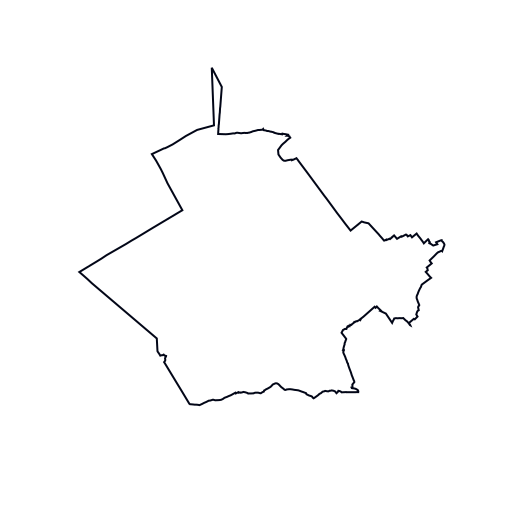 the district of Villa González Ortega, Zacatecas, Mexico, rotated 228°
{"feature_id": "50627088B17706394506285", "entity_name": "Villa González Ortega", "entity_type": "district", "adm_level": 2, "iso_a3": "MEX", "parent_name": "Mexico", "parent_adm1": "Zacatecas", "projection": "mercator", "projection_center": [-101.992, 22.544], "detail": "fine", "context": "isolated", "style": "outline", "palette": "ink", "viewbox_px": 512, "rotation_deg": 228, "n_neighbors": 0, "source": "geoboundaries", "source_scale": "gbopen_adm2", "svg_char_len": 6023}
<svg xmlns="http://www.w3.org/2000/svg" viewBox="0 0 512 512"><g transform="rotate(228 256 256)"><path d="M251.2,119.1L250.4,118.9L249.5,118.8L247.9,118.6L246.0,118.2L245.5,119.3L244.8,120.2L244.5,121.4L243.3,121.4L241.9,122.3L241.5,121.8L241.4,121.1L240.8,119.9L239.8,119.3L239.0,118.5L238.6,116.7L236.3,116.3L216.4,112.5L206.3,110.6L190.8,107.6L190.0,107.8L188.0,109.7L186.5,111.0L185.3,112.3L184.1,113.4L183.0,114.2L182.1,117.0L181.6,119.1L180.8,121.4L180.1,124.1L179.3,125.1L178.0,127.9L176.0,129.2L174.8,130.7L173.7,132.0L172.5,133.8L171.9,135.7L171.7,137.7L171.2,139.0L170.7,140.2L170.2,141.9L169.4,144.0L168.8,146.6L168.2,149.2L167.4,149.0L166.6,151.8L165.9,151.7L165.4,152.8L164.8,153.0L164.0,154.3L163.4,155.7L161.8,156.9L159.7,158.1L159.1,158.1L156.7,160.9L155.5,162.4L155.4,163.1L154.8,164.1L153.6,165.5L152.8,166.3L151.5,167.1L150.8,167.7L150.5,169.7L150.0,171.1L150.6,172.0L150.4,172.6L150.2,174.3L149.7,175.9L149.0,179.2L149.1,181.1L149.3,182.4L148.4,185.2L147.4,186.3L145.8,186.9L144.0,187.0L142.6,187.0L141.4,187.1L140.0,187.4L138.7,187.6L137.6,187.7L137.0,188.0L136.6,188.5L136.3,189.5L136.0,189.9L135.5,190.6L134.7,191.7L133.8,192.6L132.4,193.8L130.8,195.0L129.1,196.5L127.8,197.6L126.1,198.5L124.7,199.2L123.7,199.8L120.6,201.4L119.5,201.0L116.8,202.1L115.0,203.2L113.9,203.6L112.8,203.4L111.7,203.6L111.5,204.7L111.3,206.4L111.1,208.2L111.0,209.4L111.1,210.8L110.6,212.5L110.6,213.4L110.6,214.3L110.6,214.7L109.8,216.1L109.5,217.1L107.8,218.4L106.9,219.3L106.6,220.6L105.9,221.4L105.5,222.3L103.9,223.5L102.3,224.2L100.2,224.0L100.2,225.7L100.7,227.0L99.6,227.8L98.1,228.4L97.9,228.4L97.4,228.4L94.5,232.0L94.2,232.1L90.0,236.8L86.5,240.8L87.4,241.4L87.3,241.6L87.8,241.8L88.4,241.9L90.6,241.2L92.1,240.2L92.7,239.6L93.7,238.8L94.3,239.0L93.8,239.8L96.0,241.6L96.5,244.7L96.8,244.9L97.5,245.3L98.3,245.5L102.2,247.0L102.9,247.2L104.4,247.9L105.9,248.6L109.0,249.8L110.3,250.3L112.2,251.1L112.7,251.3L113.7,251.8L114.6,252.4L115.5,252.4L116.5,252.8L117.4,253.3L119.3,253.9L121.1,254.7L122.9,255.3L124.9,255.9L126.0,256.4L126.6,257.0L127.0,258.1L127.4,258.5L127.7,258.4L128.0,258.0L128.2,258.4L129.4,260.0L130.0,260.9L131.1,262.8L131.9,263.5L132.5,264.9L133.2,266.0L133.5,266.7L133.8,267.3L134.1,267.6L141.7,268.2L142.8,271.1L142.3,273.3L141.3,274.4L141.6,275.0L141.8,275.3L142.4,276.9L141.8,277.1L142.0,278.3L141.2,278.6L141.5,279.3L141.8,280.0L141.1,280.4L141.0,281.0L141.1,282.1L141.0,283.0L140.9,283.6L141.1,284.4L141.2,284.8L140.8,285.0L140.7,285.3L140.8,285.7L140.8,286.0L140.6,286.3L140.3,287.1L139.9,287.3L139.8,287.8L139.3,289.8L139.3,291.0L138.7,290.9L139.2,292.4L139.0,295.3L139.0,296.2L138.9,310.2L137.5,310.2L137.5,311.0L137.6,312.0L135.7,312.0L133.3,312.2L131.9,312.3L132.0,311.6L126.3,314.0L115.2,312.4L115.9,313.9L116.3,314.9L116.5,315.7L117.1,316.9L116.2,318.4L114.9,319.6L113.9,321.0L113.1,321.8L111.9,323.1L111.4,323.9L108.2,324.1L106.4,324.5L103.9,324.5L101.6,324.2L101.3,324.3L101.6,324.4L103.9,324.7L103.7,331.2L102.7,331.6L102.8,333.4L102.9,335.5L105.3,336.0L106.5,338.0L106.9,338.9L107.0,339.6L106.8,340.6L109.5,342.2L110.0,343.2L110.0,344.1L110.3,344.5L111.1,344.8L114.0,345.8L115.3,346.4L116.9,347.0L118.1,347.9L119.0,349.2L119.6,350.8L120.2,351.8L120.9,353.2L121.6,354.8L122.3,356.6L122.6,357.8L123.7,359.7L123.8,360.1L123.1,367.3L122.6,371.5L124.4,371.4L128.6,371.5L130.2,371.5L130.6,371.5L130.5,374.1L131.4,374.6L132.3,375.1L133.2,375.2L132.9,381.6L134.6,381.7L135.8,381.9L136.4,382.1L136.5,382.1L136.7,388.0L137.0,392.2L136.9,394.1L136.7,394.3L135.9,397.0L135.5,397.6L135.0,397.6L136.1,399.7L137.2,401.7L137.6,402.6L137.9,403.1L138.4,403.7L139.5,404.1L141.3,404.3L141.6,404.3L142.1,404.2L142.9,404.2L143.4,404.2L143.6,404.4L144.0,403.7L145.7,399.0L143.4,398.6L145.2,394.7L146.8,394.3L147.8,394.1L149.2,393.5L149.2,394.0L150.4,394.1L150.4,394.5L151.3,394.6L152.4,395.1L153.3,395.1L153.2,390.9L153.1,389.2L154.2,389.4L156.0,389.6L157.4,389.7L158.1,389.8L159.2,389.9L161.3,390.0L162.1,390.0L163.9,390.2L165.2,390.4L165.5,384.4L168.2,384.7L169.0,381.9L171.0,382.1L171.6,381.8L172.4,378.8L172.4,378.7L172.9,377.1L173.5,377.1L174.4,372.3L178.9,372.4L179.0,369.7L178.8,369.7L178.9,367.0L179.4,367.0L180.6,363.6L181.0,363.8L181.7,361.5L182.0,361.5L183.1,361.5L184.9,361.6L186.2,361.6L188.5,361.6L189.8,361.7L205.0,361.5L208.6,358.9L210.9,357.6L211.6,343.3L220.3,343.9L227.0,344.5L233.5,345.0L242.3,345.9L251.4,346.8L255.4,347.1L282.9,349.8L298.4,351.2L299.7,351.4L300.9,351.4L301.6,351.5L302.7,347.9L303.1,347.0L303.4,347.3L304.1,346.6L306.0,343.6L307.1,341.5L308.2,340.5L309.6,340.1L312.6,340.1L316.4,340.6L320.0,343.3L321.2,349.1L321.3,351.2L321.2,354.2L321.3,356.2L321.3,357.7L321.2,359.0L321.1,359.8L321.0,360.6L321.7,360.7L322.1,360.7L322.6,360.9L323.1,360.6L323.6,360.6L324.6,359.5L324.6,360.2L324.8,360.9L326.6,359.6L328.1,358.3L329.4,357.4L329.4,357.2L329.0,356.8L331.7,354.6L331.7,354.4L335.2,352.1L335.3,352.2L336.0,351.9L336.6,351.6L337.4,351.0L338.2,350.5L338.6,350.1L339.5,349.5L340.5,348.9L340.9,348.5L341.4,347.9L342.3,347.5L342.9,347.1L344.4,345.9L345.6,346.3L345.5,345.3L346.3,344.3L347.4,342.8L348.3,341.8L349.3,339.7L349.9,338.6L350.4,337.8L350.7,337.2L351.0,336.6L351.2,335.7L351.8,334.5L352.0,333.9L352.4,333.3L352.8,332.7L353.2,331.9L353.7,331.4L354.3,330.6L354.9,330.2L355.8,329.1L356.6,327.9L357.1,327.1L358.9,325.6L360.1,324.6L360.7,323.8L360.9,323.3L361.3,322.2L362.4,321.1L363.7,319.1L365.3,316.8L366.8,314.9L372.0,309.5L374.1,311.6L375.3,312.9L376.0,313.4L376.3,313.9L378.3,315.9L378.7,316.5L381.1,319.0L383.5,321.5L385.7,323.8L386.8,325.1L387.8,326.1L389.8,328.1L390.8,329.3L404.5,343.7L425.5,349.1L381.2,312.2L389.1,296.6L392.1,284.2L393.2,277.3L394.7,268.7L396.2,263.0L397.0,260.4L397.6,259.5L398.8,255.4L400.5,249.8L401.4,246.8L393.9,245.6L389.4,244.6L384.2,243.4L379.9,242.2L369.3,238.9L339.3,231.9L345.8,199.0L346.8,193.8L348.2,186.4L349.7,178.6L350.7,174.0L351.9,167.4L355.1,152.5L356.6,145.5L357.5,139.3L358.4,134.4L362.3,114.0L356.8,114.7L351.6,115.3L345.6,115.8L261.1,127.1L251.2,119.1Z" fill="none" stroke="#020617" stroke-width="2"/></g></svg>